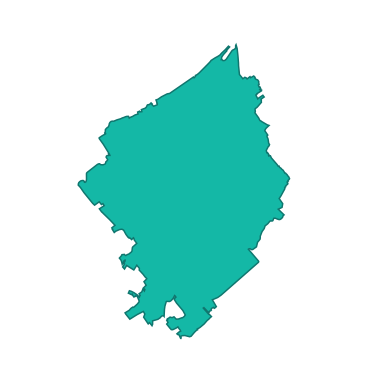 the district of Kota Yogyakarta, Yogyakarta, Indonesia, rotated 48°
{"feature_id": "22746128B9761158776103", "entity_name": "Kota Yogyakarta", "entity_type": "district", "adm_level": 2, "iso_a3": "IDN", "parent_name": "Indonesia", "parent_adm1": "Yogyakarta", "projection": "mercator", "projection_center": [110.376, -7.803], "detail": "fine", "context": "isolated", "style": "filled", "palette": "teal", "viewbox_px": 384, "rotation_deg": 48, "n_neighbors": 0, "source": "geoboundaries", "source_scale": "gbopen_adm2", "svg_char_len": 6025}
<svg xmlns="http://www.w3.org/2000/svg" viewBox="0 0 384 384"><g transform="rotate(48 192 192)"><path d="M270.6,138.9L262.5,139.4L263.7,135.4L261.4,132.4L255.2,131.6L254.4,128.5L251.7,120.8L250.8,120.2L250.8,119.0L250.5,119.0L250.3,118.5L250.1,117.5L250.2,115.8L249.9,115.6L249.9,115.2L248.7,114.9L248.7,114.5L248.2,114.4L248.3,113.2L247.7,113.1L247.6,112.4L247.7,111.7L247.4,110.6L245.2,109.9L244.1,110.0L242.5,109.7L242.1,109.9L240.8,109.8L240.2,110.0L240.1,110.3L236.8,109.7L235.4,110.0L233.7,110.0L232.4,110.4L230.9,110.0L230.6,110.7L228.7,110.4L219.7,110.2L217.6,109.5L217.1,109.8L216.7,110.8L215.9,110.5L215.9,110.0L215.7,109.9L215.3,109.8L215.0,109.9L214.3,109.6L213.4,109.6L213.4,110.0L212.8,110.1L210.8,109.0L209.3,105.0L209.3,104.0L208.6,102.6L207.1,102.4L203.5,100.0L201.4,99.3L200.5,98.8L200.4,97.6L195.2,96.9L194.6,95.8L194.2,94.3L194.1,90.2L192.5,91.1L185.9,93.2L185.3,93.2L184.3,93.7L181.5,92.9L175.2,92.2L174.5,91.0L173.2,90.2L172.4,89.4L172.6,86.8L171.8,80.4L170.4,79.4L170.2,79.0L169.2,78.6L169.7,74.8L167.5,74.6L166.7,80.1L166.8,80.8L162.7,79.7L162.8,78.3L162.4,78.1L163.3,72.6L162.9,72.2L162.6,72.6L162.4,73.1L161.1,73.0L161.4,71.9L159.4,71.2L159.1,71.4L159.2,71.8L158.8,71.9L156.9,71.1L157.0,70.2L155.2,69.2L154.9,68.7L154.3,68.4L152.7,68.2L151.0,69.0L150.0,69.1L149.2,68.9L149.0,68.4L147.1,68.5L146.3,71.9L145.1,71.7L144.8,75.4L143.2,75.4L142.1,76.0L141.9,78.4L136.4,78.1L129.3,72.9L127.2,71.1L121.6,66.8L115.5,62.4L112.0,60.7L112.3,61.5L114.3,63.4L114.3,65.0L113.7,67.0L113.8,68.0L116.2,77.6L116.2,79.0L116.1,79.7L115.6,80.5L115.0,81.1L113.9,81.1L113.2,81.7L113.1,81.2L111.6,79.6L110.9,76.5L110.4,71.7L109.9,71.5L109.4,67.0L108.0,67.3L108.5,72.2L108.6,77.1L108.9,79.6L108.5,82.1L107.8,85.0L107.0,89.8L107.3,91.0L107.5,93.1L108.3,107.1L108.2,109.7L107.7,111.4L108.1,111.5L108.6,113.8L108.5,114.1L107.5,114.0L103.8,142.5L103.5,143.3L103.0,143.8L102.4,145.0L100.8,151.1L100.3,155.2L99.5,157.2L102.6,158.4L102.5,158.7L103.6,159.1L103.9,159.5L102.6,163.1L100.1,163.3L100.0,162.7L98.4,162.8L98.5,164.9L98.1,165.8L97.6,166.4L97.5,167.2L98.4,169.2L98.4,170.6L96.9,174.5L98.7,175.5L97.6,177.2L96.8,177.0L96.2,178.9L97.9,179.9L96.6,182.9L96.1,185.5L95.2,188.0L95.1,189.2L93.3,188.6L92.2,189.8L91.5,191.2L91.1,192.5L90.3,194.3L89.8,196.1L88.2,199.4L87.1,202.6L86.6,203.3L86.1,203.7L85.4,204.9L85.4,206.4L85.8,207.6L87.0,209.2L87.6,210.7L87.4,212.5L87.6,214.5L89.5,216.5L89.7,217.4L90.1,217.5L90.4,217.3L90.4,217.5L90.9,217.6L90.1,221.0L89.6,224.7L90.2,225.2L97.3,226.0L106.1,227.6L108.0,228.0L107.8,228.5L108.2,228.6L108.8,228.1L109.8,228.5L109.4,228.9L109.1,229.6L108.6,230.0L108.1,230.8L108.1,231.6L108.4,232.2L108.8,232.6L111.2,232.9L111.6,233.1L111.9,234.3L112.0,236.0L112.9,237.2L113.0,238.1L112.2,240.0L110.7,241.5L109.2,241.8L108.8,242.2L108.2,243.7L107.3,256.5L107.4,257.6L107.8,258.2L112.1,262.0L113.1,263.4L113.4,264.2L113.2,265.1L112.8,265.4L111.9,264.9L110.6,265.2L109.9,266.1L109.3,267.3L109.2,268.7L109.3,269.9L110.0,271.2L110.9,272.0L111.8,271.9L114.0,271.9L120.2,272.7L133.9,273.4L136.6,273.2L137.2,267.5L140.7,267.7L141.0,266.0L143.4,266.4L142.5,272.1L146.5,272.5L146.7,272.3L148.4,272.3L157.4,271.7L165.2,271.5L165.0,275.6L166.5,275.8L166.4,276.2L170.1,276.9L170.2,276.6L170.0,275.3L171.4,271.0L172.6,269.2L173.1,268.8L174.1,268.6L174.4,268.3L179.5,269.5L182.7,269.8L183.6,269.7L183.6,269.4L184.1,269.5L184.6,269.2L184.7,268.9L187.0,268.7L186.8,266.2L187.5,266.2L189.0,267.0L193.2,267.4L193.2,272.9L193.5,273.6L195.6,276.0L195.9,276.6L196.0,277.6L195.8,280.7L195.2,281.9L194.9,283.7L194.5,284.0L193.1,284.0L191.7,286.0L192.2,287.3L192.5,290.2L195.3,290.4L197.0,291.1L199.0,292.2L198.7,290.9L197.9,289.4L197.6,288.5L197.8,287.3L198.1,287.4L198.6,288.1L199.4,290.5L200.3,290.3L201.3,293.7L204.1,293.7L202.9,289.7L211.0,287.4L209.5,282.0L213.4,282.2L213.8,282.4L214.7,283.5L220.4,283.4L223.8,283.7L226.0,283.5L226.3,284.1L226.5,287.7L230.6,288.5L230.8,292.4L232.9,292.2L233.7,293.6L231.3,293.5L232.6,296.1L232.2,299.4L234.2,299.8L234.2,300.8L234.5,300.8L234.9,301.4L231.5,301.6L228.0,302.5L225.3,303.5L223.5,304.6L224.6,307.0L227.9,305.6L227.8,304.7L228.1,304.7L228.8,305.2L231.2,305.4L231.4,303.6L231.8,303.7L232.2,302.3L237.2,304.0L238.2,304.8L238.7,307.7L238.7,311.1L238.6,312.6L237.9,313.0L237.6,315.4L237.9,317.7L237.0,322.6L238.4,322.9L244.9,323.3L246.4,314.8L248.2,308.1L251.1,308.7L252.7,311.7L260.7,312.8L260.6,311.0L264.6,311.2L263.9,309.7L261.4,307.5L263.8,302.5L264.2,299.6L263.9,298.3L264.1,297.1L264.8,296.0L265.8,296.0L260.8,291.0L258.7,288.5L256.3,284.6L256.4,283.9L258.4,281.9L258.7,280.6L258.7,279.2L258.3,276.8L257.3,274.2L258.6,274.1L259.4,274.3L259.4,275.5L260.0,277.1L264.2,277.8L274.0,278.1L278.9,279.3L279.3,281.1L279.1,283.2L278.6,283.9L277.3,287.1L275.9,288.8L272.7,288.9L272.2,290.5L271.6,291.2L270.3,292.0L270.2,293.2L269.8,295.2L270.4,295.4L270.2,295.9L270.9,296.1L270.7,296.7L272.9,297.1L273.2,299.2L278.0,299.5L280.4,299.5L281.2,298.8L281.7,297.8L282.7,294.1L282.8,292.7L285.0,293.1L286.2,293.1L287.8,293.5L287.3,295.6L287.3,298.1L288.4,298.0L288.8,297.6L289.7,297.3L293.2,298.4L293.4,298.2L293.0,297.6L291.7,296.8L292.3,295.3L293.9,293.3L298.0,290.6L298.6,289.1L297.9,283.9L297.8,281.3L298.1,280.1L297.3,279.9L297.4,279.1L297.6,279.0L298.0,276.6L298.2,271.3L297.6,266.3L297.8,264.8L297.6,263.6L297.6,260.9L294.2,261.0L294.1,261.4L285.8,261.3L285.9,260.5L291.5,260.4L292.8,260.1L292.8,259.5L292.4,259.1L292.3,258.6L292.8,257.6L292.7,256.6L292.1,256.5L291.7,255.7L291.7,254.8L292.1,253.3L293.3,253.3L293.6,251.8L293.5,251.3L293.3,251.3L293.4,250.6L285.7,249.0L287.6,243.5L288.1,239.4L288.7,189.8L288.5,189.1L287.8,188.8L272.2,188.4L272.2,188.0L272.9,186.8L274.5,186.4L275.0,186.0L275.4,185.3L275.9,180.8L273.2,176.9L273.0,175.2L272.6,173.0L271.7,171.9L270.5,170.8L268.3,166.4L267.5,162.8L266.1,160.4L266.3,156.9L265.8,153.7L266.3,152.6L266.9,152.2L267.4,151.4L267.2,150.6L266.3,149.0L266.3,148.7L267.3,147.6L269.2,146.7L270.7,145.8L271.2,145.2L271.5,144.3L271.6,143.0L271.4,141.6L270.5,140.0L270.6,138.9Z" fill="#14b8a6" stroke="#0f766e" stroke-width="1.5"/></g></svg>